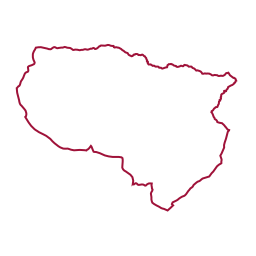 the district of Viracachá, Boyacá, Colombia, rotated 178°
{"feature_id": "7082276B30713394717050", "entity_name": "Viracachá", "entity_type": "district", "adm_level": 2, "iso_a3": "COL", "parent_name": "Colombia", "parent_adm1": "Boyacá", "projection": "orthographic", "projection_center": [-73.275, 5.447], "detail": "fine", "context": "isolated", "style": "outline", "palette": "rose", "viewbox_px": 256, "rotation_deg": 178, "n_neighbors": 0, "source": "geoboundaries", "source_scale": "gbopen_adm2", "svg_char_len": 5811}
<svg xmlns="http://www.w3.org/2000/svg" viewBox="0 0 256 256"><g transform="rotate(178 128 128)"><path d="M217.3,211.5L218.2,209.7L219.3,208.1L220.0,206.6L220.5,205.2L220.6,203.1L220.6,201.8L220.1,199.5L219.0,196.8L219.3,195.6L219.9,195.0L220.5,194.8L221.4,194.4L222.1,194.1L224.6,193.4L225.4,192.9L225.8,192.5L225.9,192.1L225.6,189.3L225.7,188.5L226.2,187.7L227.8,187.2L228.7,186.5L229.1,186.1L229.6,185.1L230.3,183.5L230.9,182.0L232.0,180.2L233.2,178.6L233.5,178.0L233.9,176.9L234.0,176.4L234.5,175.0L234.9,174.3L235.2,173.9L235.9,173.6L236.4,173.2L237.4,172.0L237.8,171.7L237.6,168.3L237.5,167.0L235.8,159.2L235.7,158.1L235.2,156.1L234.7,155.2L234.4,154.7L233.8,154.2L231.1,150.8L229.8,149.0L229.1,146.4L229.1,145.1L229.5,143.4L230.3,142.6L227.1,137.0L224.7,133.5L221.4,130.0L219.8,128.8L218.7,128.1L217.4,127.1L212.8,124.6L210.0,123.0L206.0,119.8L204.0,117.4L201.9,115.3L198.2,112.2L196.4,111.0L193.5,109.7L191.6,109.5L189.0,109.5L188.3,109.3L185.7,108.3L182.7,107.6L177.0,107.8L171.9,107.3L170.3,107.0L170.0,107.4L169.5,107.8L168.7,108.1L167.7,109.0L166.8,110.0L165.7,111.4L165.3,110.9L165.0,110.3L163.9,107.2L163.2,105.5L162.6,105.3L160.6,105.1L157.0,103.8L152.1,101.4L148.3,100.3L144.2,99.6L138.2,99.4L135.5,98.9L134.6,98.1L134.4,96.5L134.5,94.4L134.9,90.8L135.1,88.7L134.7,87.5L134.0,86.4L133.1,85.5L131.8,84.7L127.2,81.2L125.3,78.7L124.6,75.1L125.1,72.2L125.0,72.3L125.0,71.8L124.8,71.5L124.5,71.4L123.9,71.5L122.9,72.3L122.4,72.5L121.9,72.5L121.4,72.3L120.6,71.6L120.4,71.2L119.6,70.8L118.7,70.8L116.2,71.1L115.2,71.0L114.7,70.9L113.9,70.5L112.9,69.8L112.2,69.9L110.8,71.1L109.3,71.8L108.0,71.9L106.2,71.7L106.4,70.6L106.5,69.6L106.3,68.7L106.1,66.4L105.7,65.9L105.6,65.5L106.0,64.3L106.5,63.7L107.2,62.3L107.4,61.5L107.0,58.1L107.1,55.7L106.8,54.1L106.4,52.8L106.2,52.4L105.9,52.2L104.7,51.2L102.2,49.6L100.7,48.8L99.3,48.0L97.9,47.0L96.4,46.3L95.1,46.0L91.3,44.2L89.4,45.8L88.4,46.6L86.3,48.5L85.6,49.1L86.2,49.7L86.8,50.4L86.0,52.1L82.2,53.8L80.9,54.5L79.7,55.5L78.0,56.6L76.1,57.6L75.4,57.8L74.0,58.3L73.2,58.9L72.2,59.9L69.9,63.0L69.0,63.9L67.7,65.5L66.4,66.3L65.4,67.1L64.4,68.8L61.5,71.1L60.3,71.9L58.7,72.4L57.8,72.9L56.5,74.0L55.2,74.9L48.5,76.7L46.0,79.9L44.3,81.5L40.4,86.6L38.5,88.1L36.1,89.4L35.9,89.6L35.9,91.1L35.6,92.6L35.6,93.5L36.7,97.1L35.3,99.4L32.6,105.1L32.6,107.6L31.9,110.0L30.4,114.0L28.5,120.4L28.1,121.2L27.1,122.0L27.0,122.4L27.8,122.6L28.7,123.3L29.4,124.2L30.1,125.3L31.0,126.2L31.2,126.7L32.4,128.1L33.0,128.6L33.8,129.5L36.6,130.1L38.5,130.8L38.8,131.9L39.3,132.7L39.8,133.2L40.4,133.5L41.0,134.0L41.3,135.3L42.0,136.1L42.7,138.4L43.5,140.2L43.7,140.5L44.1,140.8L43.8,141.9L43.5,142.1L43.2,142.1L42.4,142.8L41.2,144.5L40.5,144.9L39.8,145.6L39.4,145.8L38.3,145.8L38.0,145.9L37.8,146.2L37.2,147.8L36.7,148.4L36.4,149.1L36.1,151.4L34.9,152.2L34.9,152.6L35.2,152.8L35.3,153.0L34.9,153.3L34.4,153.5L34.1,153.9L34.0,154.6L34.2,155.1L34.3,155.4L34.1,155.9L33.8,156.1L33.8,157.1L33.6,157.6L33.6,158.1L33.0,158.7L31.2,159.5L30.6,160.0L30.4,160.4L30.7,161.3L30.6,161.7L30.1,161.8L29.1,161.3L28.7,161.4L28.2,162.8L28.0,163.1L27.5,163.4L27.0,163.8L26.5,165.4L26.2,165.6L25.8,165.7L25.4,166.0L23.4,167.0L22.4,167.3L21.0,168.2L20.4,168.8L20.2,169.4L20.0,169.5L19.8,169.4L19.4,169.7L19.2,169.9L18.9,171.0L18.7,171.3L18.2,171.5L19.0,173.6L19.3,173.7L20.4,174.5L20.9,174.4L24.3,177.2L25.5,179.4L25.9,179.8L26.2,179.6L26.5,179.4L27.4,179.5L28.2,179.2L29.0,178.2L29.6,177.6L31.3,176.8L32.3,176.8L33.2,177.1L34.5,176.8L35.9,176.9L36.6,177.3L36.9,177.6L39.7,178.0L41.1,177.6L41.9,177.7L42.3,177.8L42.9,178.4L43.4,178.7L44.9,179.5L46.9,179.7L48.1,179.6L49.2,179.9L50.6,179.6L51.4,179.6L52.0,179.8L52.3,180.6L53.4,181.9L54.6,182.5L56.3,183.1L56.6,183.2L57.4,183.0L57.9,183.1L58.0,183.2L58.3,183.6L58.8,184.2L59.9,185.2L60.4,185.4L61.4,185.8L62.3,187.0L62.8,187.2L65.1,187.2L65.7,187.7L66.1,188.2L66.9,188.6L67.8,188.7L69.2,189.1L69.5,189.0L70.0,188.6L70.5,187.9L71.0,187.8L71.4,187.9L72.4,188.3L73.2,188.3L74.1,187.8L76.1,187.3L77.2,187.5L77.7,187.8L77.9,188.3L79.6,188.7L80.2,189.0L80.8,189.6L82.1,190.3L82.5,190.2L82.7,190.3L82.9,190.5L84.2,190.3L84.9,190.4L85.1,190.3L85.7,189.7L86.2,189.5L86.6,188.4L86.7,187.6L86.9,187.3L88.2,187.2L91.1,186.3L91.5,186.2L91.8,186.2L92.0,186.3L93.0,187.1L94.2,187.1L94.8,187.2L95.3,188.0L95.9,188.3L98.4,188.4L98.6,188.5L99.6,189.3L100.2,189.4L100.9,189.2L101.3,189.3L102.0,190.0L102.7,190.3L103.0,190.7L103.6,190.8L105.0,190.7L105.3,190.9L106.1,192.3L106.1,192.8L105.7,193.1L105.7,193.3L105.9,193.5L106.4,193.5L106.5,193.6L106.8,194.2L106.6,194.6L106.5,195.0L107.1,195.8L107.4,197.3L108.1,197.9L108.3,198.5L108.6,199.0L109.5,199.4L110.4,200.4L111.0,200.8L111.5,200.8L112.7,200.3L113.8,200.6L114.5,200.5L115.1,200.6L115.7,201.4L115.9,201.5L117.2,201.7L118.2,201.6L118.4,201.5L118.6,201.1L118.9,201.0L119.8,201.1L120.9,199.8L122.1,199.6L122.3,199.7L122.8,200.2L123.6,200.4L124.3,200.8L124.9,201.3L125.5,202.4L125.7,202.8L126.0,203.0L127.2,203.4L128.1,203.8L129.8,205.4L130.8,205.9L132.1,207.2L133.8,208.2L134.5,208.6L135.5,208.7L136.6,209.1L137.6,209.1L138.3,208.9L138.8,209.0L139.3,209.3L139.5,210.4L139.7,210.5L139.9,210.6L140.6,210.5L142.3,210.8L144.2,211.6L145.3,211.7L147.8,211.1L148.6,211.1L152.0,211.4L152.7,211.2L153.0,210.8L153.9,210.6L154.2,210.3L155.3,209.3L156.3,208.6L157.0,208.3L157.9,208.1L158.2,208.1L159.0,208.9L159.5,209.1L159.9,209.2L161.2,208.6L161.7,208.5L162.5,208.6L164.9,207.8L166.0,207.7L167.7,208.2L168.6,208.2L170.4,207.7L172.1,207.7L173.5,207.4L175.9,208.0L176.9,208.1L178.1,208.2L179.6,207.9L180.3,208.0L181.9,209.3L183.1,210.0L186.1,210.4L187.0,210.8L188.4,211.2L190.5,210.6L192.1,210.7L193.3,210.5L194.1,210.5L195.5,210.2L196.3,210.3L198.2,211.3L198.9,211.4L199.6,211.2L200.7,210.6L202.0,209.6L202.7,209.4L204.4,209.6L206.0,210.2L212.2,211.8L214.9,211.8L217.3,211.5Z" fill="none" stroke="#9f1239" stroke-width="2"/></g></svg>